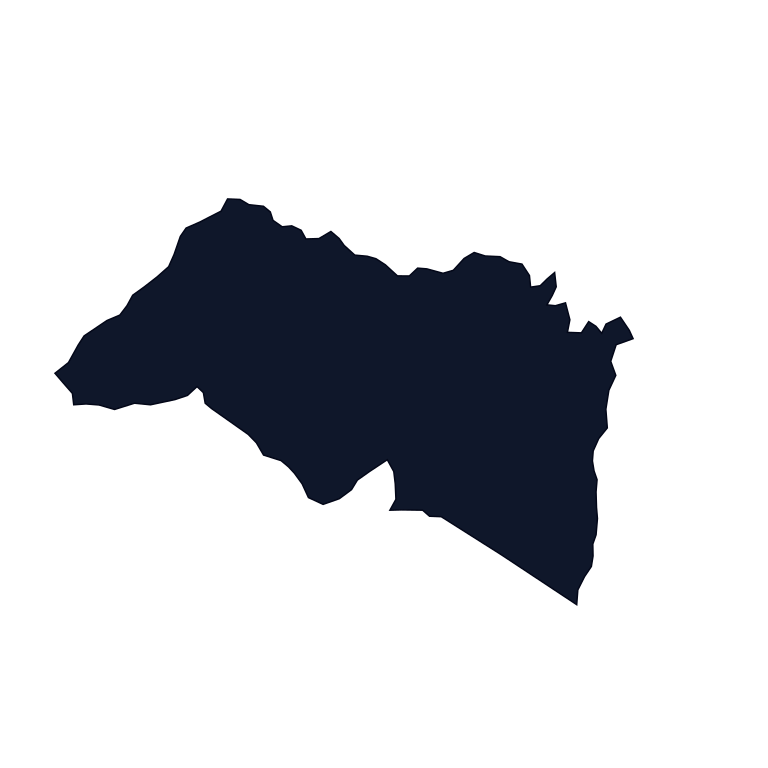 Mombuca, São Paulo, Brazil (Robinson projection), rotated 213°
{"feature_id": "56859067B83163679964168", "entity_name": "Mombuca", "entity_type": "district", "adm_level": 2, "iso_a3": "BRA", "parent_name": "Brazil", "parent_adm1": "São Paulo", "projection": "robinson", "projection_center": [-47.599, -22.942], "detail": "fine", "context": "isolated", "style": "filled", "palette": "ink", "viewbox_px": 768, "rotation_deg": 213, "n_neighbors": 0, "source": "geoboundaries", "source_scale": "gbopen_adm2", "svg_char_len": 1683}
<svg xmlns="http://www.w3.org/2000/svg" viewBox="0 0 768 768"><g transform="rotate(213 384 384)"><path d="M632.9,197.6L623.0,205.0L611.6,211.2L596.1,215.9L582.8,232.0L568.5,239.4L550.8,257.1L542.6,267.4L539.4,280.0L530.8,278.4L523.5,270.5L515.2,269.5L470.5,267.8L459.0,265.2L446.3,258.8L428.6,263.7L418.9,262.5L410.6,260.4L398.3,255.7L385.5,247.6L369.5,249.9L359.0,263.5L353.7,277.7L354.0,288.9L348.5,302.7L340.0,322.3L328.1,315.9L320.2,306.4L311.2,293.8L310.3,281.4L300.7,288.0L282.9,299.2L273.8,297.9L263.7,303.9L192.5,304.7L102.2,303.9L109.3,316.9L110.9,331.7L110.7,343.9L115.0,353.6L121.7,363.5L124.0,373.0L131.7,387.4L138.6,396.3L147.4,409.0L153.2,419.8L160.5,425.5L167.3,433.0L172.1,441.8L174.2,455.2L172.8,468.8L184.2,483.7L192.0,501.2L194.3,517.5L206.2,526.5L210.7,543.4L199.8,557.7L207.5,562.6L222.1,568.8L230.4,555.2L229.0,545.1L237.7,547.8L246.3,547.8L246.3,534.4L258.3,527.2L263.1,539.1L276.0,550.9L282.9,543.0L290.5,539.1L291.1,549.8L292.5,559.3L301.6,570.4L304.4,561.0L306.5,551.5L313.8,545.1L321.1,554.2L333.6,559.7L345.8,554.6L356.0,554.0L368.8,546.5L380.0,543.4L385.2,532.9L387.8,517.1L394.8,509.0L410.8,503.9L418.9,499.5L421.6,488.4L431.6,482.0L447.8,484.7L459.0,484.7L467.7,482.0L478.7,476.2L492.9,478.5L500.9,481.6L511.6,483.0L517.8,470.5L528.5,463.1L537.2,467.8L547.5,466.4L555.0,460.4L566.2,460.8L573.1,466.4L581.9,467.4L595.0,460.8L605.2,460.4L616.0,454.0L614.8,440.2L621.5,428.6L626.5,419.8L634.9,407.0L635.2,396.9L630.6,378.3L628.5,365.1L632.6,350.3L637.9,335.0L643.1,321.6L642.2,309.7L643.1,297.9L650.9,286.4L661.7,261.0L661.7,250.3L660.3,230.1L665.8,213.8L653.2,210.1L640.2,206.4L632.9,197.6Z" fill="#0f172a" stroke="#020617" stroke-width="1.5"/></g></svg>